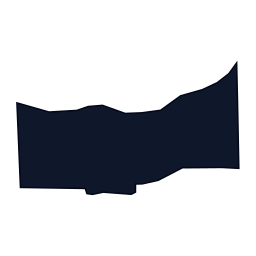 Seneca, New York, United States of America, rotated 271°
{"feature_id": "52423323B61802346265036", "entity_name": "Seneca", "entity_type": "district", "adm_level": 2, "iso_a3": "USA", "parent_name": "United States of America", "parent_adm1": "New York", "projection": "orthographic", "projection_center": [-76.822, 42.783], "detail": "fine", "context": "isolated", "style": "filled", "palette": "ink", "viewbox_px": 256, "rotation_deg": 271, "n_neighbors": 0, "source": "geoboundaries", "source_scale": "gbopen_adm2", "svg_char_len": 484}
<svg xmlns="http://www.w3.org/2000/svg" viewBox="0 0 256 256"><g transform="rotate(271 128 128)"><path d="M66.7,21.5L66.8,86.3L61.7,88.1L61.0,93.6L63.4,104.4L61.8,132.4L64.0,136.6L72.1,136.5L72.4,143.3L76.2,159.0L89.2,183.1L90.2,222.3L89.6,239.5L157.4,237.0L195.0,235.5L184.0,227.8L174.8,216.3L167.6,201.6L161.1,180.0L146.3,160.3L143.4,141.3L142.5,124.9L150.2,102.1L148.8,87.9L144.7,76.5L142.6,48.7L151.2,16.5L66.7,21.5Z" fill="#0f172a" stroke="#020617" stroke-width="1.5"/></g></svg>